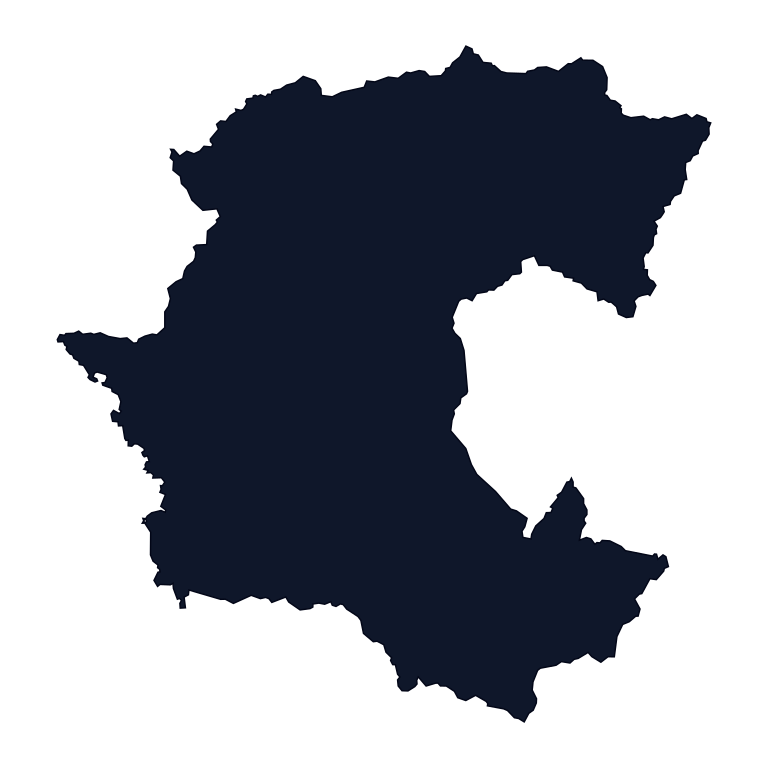 São Gabriel, Rio Grande do Sul, Brazil
{"feature_id": "56859067B27515042483848", "entity_name": "São Gabriel", "entity_type": "district", "adm_level": 2, "iso_a3": "BRA", "parent_name": "Brazil", "parent_adm1": "Rio Grande do Sul", "projection": "robinson", "projection_center": [-54.366, -30.336], "detail": "fine", "context": "isolated", "style": "filled", "palette": "ink", "viewbox_px": 768, "rotation_deg": 0, "n_neighbors": 0, "source": "geoboundaries", "source_scale": "gbopen_adm2", "svg_char_len": 6042}
<svg xmlns="http://www.w3.org/2000/svg" viewBox="0 0 768 768"><path d="M170.6,149.3L172.0,152.0L170.2,157.7L173.6,160.9L173.0,170.2L180.4,176.2L181.5,183.6L187.2,189.2L191.9,200.0L202.9,210.3L216.9,208.8L220.3,216.6L216.3,220.1L217.4,222.1L215.1,224.8L207.5,231.1L206.7,244.6L196.4,245.1L193.5,247.2L195.8,252.0L195.3,257.6L193.6,261.3L187.1,266.4L184.5,271.0L182.8,278.6L176.1,281.7L167.8,288.5L170.4,298.6L168.5,306.4L164.8,311.8L164.8,327.7L156.9,334.9L152.3,334.1L145.0,336.1L138.7,339.2L137.3,342.7L133.5,343.2L127.0,337.9L120.2,338.6L108.5,336.5L100.2,332.8L93.8,334.4L90.8,333.2L82.7,334.3L78.7,331.1L74.0,333.3L65.9,333.6L64.6,335.3L60.0,334.6L57.3,339.6L58.0,341.9L63.5,341.6L64.8,345.1L66.9,346.4L66.2,349.5L70.0,354.0L72.6,354.8L73.9,358.3L78.9,361.2L79.3,364.5L83.5,365.3L89.4,374.8L88.0,377.4L90.1,379.6L95.0,382.0L97.6,381.0L96.7,378.8L93.0,377.2L94.5,373.1L97.1,372.0L106.3,374.7L107.2,377.7L105.0,382.5L102.1,382.9L102.8,385.2L111.7,388.3L112.1,391.5L118.2,394.6L120.9,401.6L119.2,409.5L121.3,411.1L119.4,413.6L113.5,410.4L111.0,413.9L112.6,421.3L118.0,421.8L118.5,425.9L122.7,425.6L124.8,438.5L125.9,440.4L128.3,440.2L128.2,445.8L131.8,446.2L134.4,443.8L137.7,444.1L144.0,448.4L144.5,450.6L141.9,452.5L142.9,455.2L144.3,456.8L147.5,455.8L149.3,461.6L146.5,461.9L145.1,464.7L145.6,467.2L143.8,469.2L148.2,470.4L146.9,472.9L150.8,472.6L153.5,474.9L152.8,478.0L161.4,477.7L164.8,482.1L162.4,485.7L160.5,485.6L161.1,489.3L159.9,492.3L165.5,494.5L160.8,506.3L165.7,510.0L165.2,512.3L161.0,510.5L151.7,512.8L147.3,516.1L145.7,518.7L146.7,521.3L144.8,523.1L150.7,532.2L150.5,554.9L153.1,561.2L158.0,565.0L157.6,567.7L159.6,569.2L160.1,571.8L158.0,572.2L154.0,580.4L157.6,586.4L160.0,584.4L170.4,584.8L173.0,583.3L173.4,588.4L177.4,599.2L179.6,598.4L181.5,600.5L179.9,603.3L180.2,608.1L185.4,607.8L184.1,597.1L188.4,594.8L188.9,590.0L220.6,599.3L225.3,599.2L233.4,603.4L251.2,595.3L260.4,598.6L265.6,597.4L268.9,598.6L271.8,602.4L285.8,597.0L288.7,602.0L300.1,609.9L310.0,608.6L312.8,607.1L312.9,604.0L318.9,603.1L324.7,604.2L330.8,601.7L332.3,605.2L336.0,606.4L340.4,603.9L343.2,604.6L346.7,609.1L358.0,616.5L360.9,620.4L363.5,633.4L373.3,641.7L377.1,641.2L383.8,644.7L386.0,652.2L391.6,657.7L390.6,660.5L392.7,664.6L395.4,664.7L397.6,674.2L399.9,677.0L397.6,679.9L398.2,686.0L402.0,690.7L408.0,690.9L414.8,686.6L417.0,684.0L416.7,680.3L418.2,676.8L426.1,686.0L435.8,683.1L438.0,683.1L440.4,685.9L446.3,686.0L454.4,691.3L457.8,697.7L465.8,700.5L475.6,695.3L486.2,701.4L487.8,703.6L487.4,705.8L503.6,708.8L507.5,710.5L514.4,717.7L518.7,718.5L524.2,721.9L528.8,713.3L533.2,710.2L536.3,703.0L536.5,698.7L532.2,690.1L533.0,681.9L537.6,670.4L540.3,668.2L556.1,665.2L561.4,661.6L570.0,663.0L574.1,659.3L578.2,658.4L588.1,652.4L591.8,656.6L600.9,662.2L608.0,656.7L614.3,656.8L616.9,636.6L622.7,624.4L629.3,621.7L635.7,616.2L638.1,616.1L640.0,609.0L634.5,598.9L639.3,594.1L641.8,593.6L649.9,578.7L656.3,579.6L663.7,571.1L664.3,568.4L668.4,566.6L665.9,556.7L663.0,554.9L657.9,559.2L656.5,554.2L654.5,554.0L652.7,556.1L625.4,550.7L621.2,546.5L609.8,540.9L602.2,540.4L600.0,542.9L596.9,542.6L594.9,544.3L590.9,538.9L586.4,537.5L579.4,540.2L581.5,529.6L585.7,523.2L584.1,521.0L584.1,518.2L586.9,514.5L586.9,509.9L583.6,503.7L583.6,498.6L575.9,487.9L573.1,487.1L573.1,482.0L571.4,478.2L569.7,481.6L566.9,482.1L561.6,492.2L557.2,495.3L558.2,497.6L550.5,506.9L552.8,508.2L551.0,512.5L546.3,512.7L544.0,518.5L535.8,525.9L531.7,534.2L531.0,539.0L522.9,537.4L522.0,531.2L524.8,526.8L527.1,518.3L516.5,510.9L510.7,509.1L495.5,491.5L476.8,474.4L471.4,464.6L465.8,448.5L450.7,430.8L452.0,420.1L454.3,413.9L453.6,410.0L460.0,403.6L460.8,397.9L466.5,393.8L467.5,391.3L464.0,350.4L460.3,338.5L454.9,333.3L452.0,328.2L454.0,323.2L452.2,317.3L458.7,301.3L461.2,299.1L466.7,298.0L472.1,300.7L476.5,293.5L486.8,291.8L488.5,289.9L493.9,290.1L497.5,286.3L502.0,285.0L504.8,280.8L507.7,280.3L511.9,274.6L519.8,273.7L521.4,272.1L520.7,261.6L522.7,259.6L534.4,255.7L538.9,265.4L547.3,265.4L550.1,266.2L552.4,270.1L562.5,272.1L564.6,276.9L573.6,278.2L573.1,280.8L581.4,283.1L587.0,288.9L597.0,291.8L598.1,300.7L603.8,299.0L608.6,302.2L611.2,302.1L616.6,306.8L618.5,314.0L626.3,317.5L632.9,316.7L635.9,306.4L634.1,300.9L638.1,296.8L641.9,295.4L648.1,294.1L649.9,295.5L655.9,285.4L653.3,281.4L649.6,279.6L647.2,275.3L647.4,269.8L643.4,269.4L644.2,266.6L643.1,258.0L645.8,252.7L648.0,252.9L653.0,245.3L653.4,237.6L654.3,234.9L656.6,233.7L656.0,229.2L657.3,226.1L654.0,221.2L660.4,217.6L662.6,214.4L664.2,211.8L663.0,206.5L670.1,204.4L670.5,201.4L674.2,195.9L680.6,193.2L684.3,179.8L686.7,179.5L685.2,169.6L685.7,162.5L690.2,160.7L692.7,156.0L698.2,153.5L698.1,150.6L702.5,141.1L705.5,140.2L709.1,134.1L708.8,127.7L710.7,122.9L706.9,121.8L706.1,118.5L696.9,114.8L691.9,118.5L686.3,114.3L671.7,118.8L664.6,116.9L658.6,119.8L652.4,118.7L650.2,119.8L643.7,116.2L630.9,117.7L623.3,115.2L621.2,113.1L621.4,108.8L619.7,107.6L621.0,105.7L615.1,101.0L610.3,100.2L606.9,95.5L604.8,95.1L604.6,92.6L606.7,89.8L607.1,77.6L602.6,66.6L593.0,60.3L582.7,60.2L580.9,57.8L571.5,63.8L568.2,63.7L558.5,71.4L546.5,66.9L537.7,67.5L534.4,70.0L527.6,71.3L526.0,73.6L506.8,73.0L500.9,71.5L494.4,65.6L492.4,65.8L491.2,63.2L483.0,62.4L478.3,55.0L473.3,53.8L472.0,48.9L465.9,46.1L459.9,57.0L452.6,62.8L450.1,67.4L445.7,68.5L445.4,70.9L441.2,75.7L429.4,76.4L424.7,71.5L419.1,70.6L410.6,73.0L406.5,72.2L398.2,78.3L388.3,77.1L374.9,81.9L366.7,81.0L364.2,87.3L341.7,92.3L332.3,96.8L321.3,95.4L320.8,88.7L315.3,80.7L303.2,76.4L295.3,82.8L286.6,85.1L280.5,89.2L273.9,90.4L271.7,92.0L271.6,94.4L267.8,94.2L265.6,97.0L260.6,94.9L257.7,96.4L255.3,95.3L253.4,95.8L252.9,98.1L246.8,98.9L245.6,101.5L246.9,103.9L243.5,109.3L241.0,110.4L235.6,109.1L236.3,111.9L230.2,115.7L225.9,121.5L220.6,120.9L216.6,124.3L218.5,129.3L210.3,139.1L210.5,141.6L212.8,143.9L211.7,147.0L204.0,146.3L200.0,151.0L194.0,153.8L186.8,151.2L179.7,156.2L173.8,149.5L170.6,149.3ZM145.7,518.7L142.9,518.4L143.7,520.7L145.7,518.7ZM143.7,520.7L142.3,523.2L144.8,523.1L143.7,520.7Z" fill="#0f172a" stroke="#020617" stroke-width="1.5"/></svg>